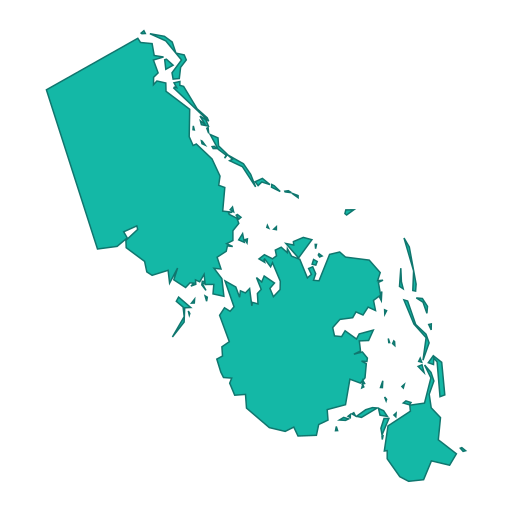 the district of Marovo, Western, Solomon Islands
{"feature_id": "97153195B98406832943487", "entity_name": "Marovo", "entity_type": "district", "adm_level": 2, "iso_a3": "SLB", "parent_name": "Solomon Islands", "parent_adm1": "Western", "projection": "robinson", "projection_center": [157.974, -8.525], "detail": "fine", "context": "isolated", "style": "filled", "palette": "teal", "viewbox_px": 512, "rotation_deg": 0, "n_neighbors": 0, "source": "geoboundaries", "source_scale": "gbopen_adm2", "svg_char_len": 6146}
<svg xmlns="http://www.w3.org/2000/svg" viewBox="0 0 512 512"><path d="M46.4,89.8L97.5,249.0L117.1,246.4L127.2,237.9L123.7,231.8L136.8,225.9L137.7,229.4L125.9,240.4L126.2,247.7L144.6,261.4L146.8,271.9L152.1,275.3L168.1,270.3L169.6,283.1L177.6,268.0L173.8,279.8L185.6,287.5L190.0,282.8L194.0,283.2L190.9,286.1L195.8,284.3L195.5,279.9L199.7,281.8L204.1,274.3L205.2,284.5L213.8,284.4L213.0,293.9L223.9,296.3L221.9,278.7L214.0,268.3L221.0,269.0L217.1,257.2L226.2,251.3L227.4,245.9L232.7,246.5L226.6,243.7L232.9,240.5L232.9,230.7L238.8,223.4L236.8,218.2L229.2,214.4L228.6,212.8L232.3,212.2L222.7,211.1L224.8,187.5L218.7,185.3L220.0,176.1L212.0,158.9L196.3,144.0L193.1,145.5L189.2,136.7L189.7,109.3L166.0,91.3L165.8,83.0L156.9,81.0L153.5,84.7L153.6,77.3L158.1,72.9L153.4,60.0L163.5,57.0L154.2,55.5L152.1,43.6L140.5,42.5L137.8,38.3L46.4,89.8ZM383.0,280.2L377.6,280.7L380.2,272.6L369.2,260.1L345.5,257.1L339.7,252.0L329.6,254.4L319.0,280.8L313.5,280.3L315.7,273.7L312.7,266.8L308.6,268.5L311.4,274.4L307.4,277.9L299.8,259.3L291.6,256.2L287.4,248.7L287.2,252.6L281.2,247.2L275.3,250.1L276.5,255.8L272.5,258.8L264.4,254.7L259.0,258.9L264.7,262.3L264.0,259.8L264.3,259.2L264.7,258.9L270.6,266.8L272.5,262.7L280.3,281.2L280.1,289.6L273.4,296.7L269.9,288.4L274.5,283.0L264.2,276.0L261.7,282.0L256.5,277.6L261.2,289.4L257.4,293.5L258.0,303.9L252.5,302.4L251.8,305.8L249.6,288.6L245.4,292.9L240.4,290.8L239.6,297.3L235.8,287.0L225.0,280.9L234.0,306.8L230.1,311.3L224.5,307.8L219.6,315.3L229.3,341.7L221.9,346.8L222.5,356.0L216.8,359.1L220.8,372.1L223.5,377.5L231.7,378.1L229.7,383.2L234.7,395.2L245.5,394.4L246.5,408.1L269.3,427.6L285.2,431.4L293.8,427.1L298.0,436.0L316.4,435.3L318.7,424.5L328.0,420.1L327.2,409.6L345.5,404.7L349.9,379.2L360.4,383.1L365.0,377.8L366.3,363.7L361.5,361.1L366.9,361.5L367.4,358.1L362.4,352.0L353.9,354.2L360.5,351.0L359.3,340.9L368.6,340.5L373.3,330.1L359.2,333.9L356.5,339.0L345.1,330.8L341.6,336.6L334.5,335.9L332.7,327.6L339.9,319.4L352.7,317.7L356.0,311.9L363.0,315.0L368.1,307.1L375.5,310.5L373.5,300.4L380.6,295.1L378.4,282.4L383.0,280.2ZM456.4,453.8L438.3,439.8L440.5,417.6L431.2,407.8L429.2,394.2L433.9,381.0L431.0,372.4L424.6,365.0L430.9,377.9L424.5,403.1L409.8,405.2L410.4,411.2L388.0,425.9L384.3,451.0L387.2,450.6L387.2,458.8L399.8,476.7L408.6,481.3L423.6,479.7L431.4,460.9L449.6,465.2L456.4,453.8ZM186.3,59.9L184.2,54.9L175.9,53.1L172.2,42.0L164.4,36.3L149.9,33.7L165.8,40.9L181.5,60.0L172.0,72.8L173.1,79.1L179.3,78.5L180.6,67.3L186.3,59.9ZM311.9,239.7L303.3,237.4L293.4,241.6L293.7,245.0L285.9,243.5L298.5,258.0L311.9,239.7ZM208.7,121.2L207.2,117.8L197.1,108.8L183.6,86.4L179.8,85.3L179.9,81.5L174.0,82.8L176.7,87.7L174.4,87.1L173.8,88.1L208.7,121.2ZM444.8,394.9L441.7,362.3L433.3,355.7L428.3,362.7L433.5,364.5L433.8,358.1L437.1,361.9L440.0,396.7L444.8,394.9ZM190.7,307.5L178.6,297.1L176.3,301.3L183.1,307.1L184.2,316.6L172.4,337.0L184.1,322.1L184.7,307.8L190.7,307.5ZM429.1,342.9L426.0,334.2L415.7,324.5L407.6,301.0L403.9,299.9L413.9,324.0L426.1,337.7L423.0,360.2L429.1,342.9ZM416.1,284.1L409.3,247.0L404.0,238.0L413.6,270.9L412.8,290.5L415.6,291.1L416.1,284.1ZM255.6,186.9L250.7,174.4L243.5,163.8L227.4,154.7L232.5,159.2L229.6,160.7L242.4,166.7L255.6,186.9ZM377.2,408.0L372.5,407.6L365.7,409.7L356.5,416.3L361.5,417.4L377.2,408.0ZM227.5,154.5L218.6,145.9L218.0,137.9L210.2,134.5L218.2,149.3L226.1,155.2L224.6,158.2L227.5,154.5ZM388.9,418.5L384.0,418.5L380.9,428.2L382.0,434.9L388.9,418.5ZM173.1,65.2L166.4,59.2L164.7,59.7L165.8,69.3L173.1,65.2ZM208.4,126.1L205.9,119.9L200.0,116.1L205.4,124.8L200.4,120.9L201.4,124.7L208.4,126.1ZM387.4,416.4L383.6,410.7L378.5,408.4L380.0,415.2L387.4,416.4ZM427.5,306.4L422.4,298.5L416.3,297.9L423.0,302.2L426.9,313.3L427.5,306.4ZM270.0,184.6L262.4,178.4L255.2,181.7L258.1,185.6L261.8,182.0L270.0,184.6ZM424.1,372.6L422.0,364.8L418.1,366.4L424.1,372.6ZM317.2,261.5L313.6,259.5L312.1,264.2L315.8,265.1L317.2,261.5ZM403.2,288.8L401.4,281.7L400.8,268.2L399.5,286.4L403.2,288.8ZM353.8,209.8L345.8,209.9L344.9,213.6L346.6,215.0L353.8,209.8ZM431.2,329.9L431.3,323.9L428.7,324.5L431.2,329.9ZM348.6,418.9L343.7,417.4L339.4,420.0L345.5,420.4L348.6,418.9ZM206.6,301.2L207.3,297.2L205.1,295.9L206.6,301.2ZM411.0,402.5L405.9,400.9L403.3,403.0L409.4,404.8L411.0,402.5ZM244.3,242.3L242.6,233.7L238.7,239.9L244.3,242.3ZM206.0,290.4L202.3,283.8L203.8,283.6L204.6,281.4L202.3,281.3L201.8,284.9L206.0,290.4ZM381.3,300.6L381.8,291.5L380.6,297.2L379.7,297.5L381.3,300.6ZM280.2,191.5L274.3,185.8L271.8,184.5L271.5,187.2L280.2,191.5ZM241.0,217.3L237.4,214.5L236.2,215.2L238.8,219.2L241.0,217.3ZM233.6,211.8L232.5,207.0L230.2,209.7L233.6,211.8ZM364.6,383.5L362.8,380.3L362.2,384.0L364.6,383.5ZM337.6,430.6L336.3,426.5L335.5,430.7L337.6,430.6ZM315.6,248.7L316.5,244.4L315.2,244.4L315.6,248.7ZM386.6,310.7L384.6,309.8L384.8,314.2L386.6,310.7ZM421.7,362.2L420.2,358.2L418.7,361.4L421.7,362.2ZM389.6,342.6L388.3,338.5L388.8,342.6L389.6,342.6ZM355.4,415.8L353.8,412.7L351.9,413.9L355.4,415.8ZM465.6,450.7L461.8,447.6L460.3,448.2L463.1,451.4L465.6,450.7ZM298.1,197.7L298.1,195.6L291.8,193.2L298.1,197.7ZM276.4,229.7L276.4,226.7L273.7,229.2L276.4,229.7ZM189.8,313.5L188.3,311.0L189.3,315.1L189.8,313.5ZM216.5,148.6L214.4,146.3L212.1,146.6L213.2,148.6L216.5,148.6ZM403.3,388.0L404.3,384.4L401.9,386.5L403.3,388.0ZM350.3,417.5L350.4,414.4L348.0,416.3L350.3,417.5ZM386.6,399.3L384.6,397.0L386.1,400.9L386.6,399.3ZM394.8,345.6L394.6,341.7L393.8,340.9L392.6,343.6L394.8,345.6ZM291.5,192.7L288.4,190.7L284.8,191.2L285.1,191.9L291.5,192.7ZM395.8,416.8L396.1,413.0L393.9,415.0L395.8,416.8ZM194.3,129.9L193.3,125.9L193.0,129.7L194.3,129.9ZM268.7,228.2L267.4,225.4L266.8,227.4L268.7,228.2ZM363.8,386.9L362.7,384.6L361.8,387.9L363.8,386.9ZM145.3,33.5L143.9,30.7L141.1,33.1L141.9,33.7L145.3,33.5ZM382.4,387.6L382.8,380.8L380.5,387.5L382.4,387.6ZM247.0,242.9L247.4,238.9L244.9,239.7L247.0,242.9ZM322.1,256.0L319.0,253.7L318.3,255.0L319.6,257.0L322.1,256.0ZM208.7,133.3L208.1,127.6L206.8,128.3L208.7,133.3ZM205.1,145.1L202.2,141.2L201.4,140.8L202.0,143.7L205.1,145.1ZM382.3,439.5L383.0,436.0L382.0,436.5L382.3,439.5ZM194.3,303.0L194.6,299.1L191.5,303.1L194.3,303.0Z" fill="#14b8a6" stroke="#0f766e" stroke-width="1.5"/></svg>